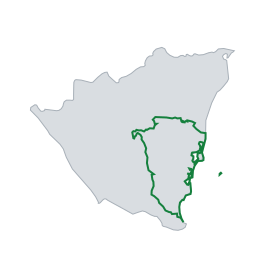 Atlántico Sur highlighted on a map of Nicaragua, rotated 9°
{"feature_id": "NIC-644", "entity_name": "Atlántico Sur", "entity_type": "Autonomous Region", "adm_level": 1, "iso_a3": "NIC", "parent_name": "Nicaragua", "parent_adm1": "", "projection": "orthographic", "projection_center": [-84.133, 12.113], "detail": "medium", "context": "in_parent", "style": "outline", "palette": "green", "viewbox_px": 256, "rotation_deg": 9, "n_neighbors": 0, "source": "natural_earth", "source_scale": "10m", "svg_char_len": 4024}
<svg xmlns="http://www.w3.org/2000/svg" viewBox="0 0 256 256"><g transform="rotate(9 128 128)"><path d="M220.9,35.1L219.7,36.7L218.4,37.7L215.8,43.0L214.8,43.4L214.6,39.6L213.0,39.1L211.1,40.5L210.1,42.4L211.7,45.0L213.2,45.1L214.9,45.8L219.7,63.6L218.7,66.8L215.8,71.8L213.0,76.1L210.3,78.7L206.8,90.0L203.7,108.3L206.0,124.8L204.9,140.0L205.9,143.6L206.2,148.1L203.9,148.9L202.6,148.8L201.3,146.0L201.4,143.6L202.8,140.8L203.3,136.9L202.7,134.9L201.3,139.3L198.9,141.3L197.4,142.0L195.8,144.2L197.5,148.3L199.6,151.4L200.2,153.6L199.5,156.2L199.0,165.1L198.3,164.8L197.5,163.6L195.3,163.6L195.0,167.2L195.2,169.2L193.3,170.7L192.7,172.3L194.2,173.3L195.9,174.0L198.0,173.8L199.7,178.2L200.3,181.8L196.3,185.1L194.9,187.9L192.7,191.2L191.4,194.5L191.0,196.8L192.6,204.2L195.3,209.5L197.6,212.8L200.7,213.6L200.0,217.1L197.7,219.3L193.5,221.2L188.8,221.5L181.2,219.8L178.1,219.6L176.9,218.6L176.5,216.9L174.4,214.3L170.4,210.8L168.1,211.1L164.3,210.3L158.1,207.9L155.2,207.7L151.1,209.7L146.3,212.3L134.7,208.1L126.6,205.2L119.2,202.5L117.3,201.5L115.7,201.7L114.3,203.1L112.7,205.5L112.2,206.2L111.3,206.9L110.4,207.0L110.4,205.9L106.8,201.0L101.1,195.2L79.5,177.2L71.6,166.5L67.4,158.8L63.4,154.7L51.7,146.5L49.1,143.2L37.6,132.1L28.8,125.6L28.8,122.9L32.4,119.6L34.2,119.7L36.1,122.2L39.2,125.0L40.7,125.0L42.9,123.8L43.0,122.5L54.8,122.1L57.0,121.4L59.1,119.4L60.3,116.6L60.5,113.9L60.9,112.0L62.9,110.1L66.3,109.6L69.0,109.4L69.8,108.1L69.1,104.0L67.7,94.0L67.4,91.2L68.0,89.2L69.0,88.4L74.3,88.0L84.2,88.9L86.1,88.3L90.2,82.7L93.9,78.5L96.5,76.7L98.6,76.1L101.0,79.8L109.3,85.2L110.7,84.9L111.6,84.6L111.8,83.8L111.7,81.4L113.8,79.2L118.2,77.2L122.6,73.7L127.0,68.7L130.8,65.7L134.0,64.9L135.2,63.5L134.5,61.6L134.7,59.0L136.0,55.5L137.9,53.6L140.4,53.0L141.3,51.9L140.8,50.3L141.3,48.5L143.5,45.6L148.8,43.1L151.9,44.0L154.4,47.4L157.9,49.6L162.5,50.9L166.1,50.4L168.6,48.3L170.9,47.7L172.9,48.5L174.0,48.0L174.1,46.3L175.1,45.9L177.1,46.8L178.9,47.1L180.4,46.6L181.0,45.8L181.3,44.9L182.5,44.2L186.4,44.9L190.9,43.8L195.8,41.1L199.1,39.9L200.7,40.2L202.6,38.9L204.9,35.8L210.0,34.5L220.9,35.1Z" fill="#d9dde1" stroke="#a8b0b8" stroke-width="1"/><path d="M205.4,120.9L206.3,126.6L204.9,140.7L207.3,145.5L207.5,147.9L206.2,148.9L201.7,149.7L200.8,149.3L202.3,147.5L200.9,145.4L200.8,141.4L202.9,141.6L204.0,140.3L204.3,138.3L203.7,136.6L204.9,132.4L204.8,131.3L203.9,130.6L201.7,130.4L200.8,130.9L200.5,132.6L201.8,134.0L202.6,136.2L202.3,137.6L202.9,138.5L199.3,141.2L195.3,142.2L195.0,142.8L195.0,145.1L197.0,145.7L197.3,147.6L196.7,150.3L197.8,151.4L199.2,151.2L199.2,153.9L200.3,150.7L201.7,150.9L199.7,154.9L198.8,160.1L199.4,166.7L198.8,167.0L199.0,166.1L197.2,162.9L198.1,162.0L198.3,160.2L196.9,158.6L194.8,158.4L195.6,159.5L196.5,158.9L197.6,160.7L196.5,163.9L193.7,163.5L195.6,164.6L195.6,168.5L192.4,171.8L195.3,174.7L196.4,174.7L196.7,172.6L198.2,172.7L200.2,180.7L200.1,183.4L195.6,185.6L194.2,190.5L193.0,190.4L191.0,193.5L191.0,198.0L192.3,203.7L195.0,209.1L197.5,212.4L194.0,208.4L190.6,208.0L189.8,204.9L184.9,206.1L183.5,204.5L181.8,204.6L177.9,203.6L175.0,200.1L170.5,197.1L169.1,194.1L164.5,191.2L161.6,190.1L161.2,186.2L162.4,181.4L161.5,177.2L160.2,175.2L158.7,170.5L160.7,169.6L154.9,166.5L152.2,159.6L151.8,153.9L148.9,149.1L149.1,145.2L146.2,140.3L143.2,137.2L143.0,134.8L141.4,132.8L138.4,131.4L137.6,132.1L137.0,134.5L135.5,135.7L136.0,136.4L135.7,137.4L134.9,137.2L132.9,131.6L133.8,130.3L135.8,130.2L136.6,128.5L139.1,128.7L141.3,128.2L144.4,128.9L146.1,126.7L147.0,126.9L149.5,124.9L153.4,124.5L154.0,121.2L155.6,119.4L153.8,119.7L152.7,117.1L151.2,115.9L153.3,112.9L164.3,111.6L170.2,111.6L172.9,110.3L175.2,110.8L178.4,110.0L179.8,113.2L180.7,113.7L182.4,113.6L181.8,112.7L183.3,113.1L184.1,112.1L185.7,112.3L185.5,111.2L190.3,111.6L193.4,112.6L192.2,115.6L195.7,118.3L200.7,121.0L205.4,120.9ZM197.3,171.8L196.6,168.7L196.9,167.3L197.9,166.7L197.1,168.9L197.3,171.8ZM225.8,159.8L225.7,158.8L226.7,157.7L227.2,158.1L225.8,159.8Z" fill="none" stroke="#15803d" stroke-width="2"/></g></svg>